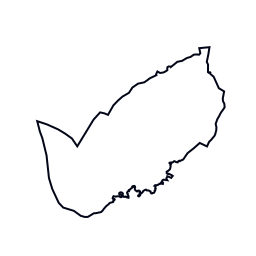 the district of Mobbar, Borno, Nigeria, rotated 192°
{"feature_id": "59680162B87872962443621", "entity_name": "Mobbar", "entity_type": "district", "adm_level": 2, "iso_a3": "NGA", "parent_name": "Nigeria", "parent_adm1": "Borno", "projection": "mercator", "projection_center": [12.643, 13.067], "detail": "fine", "context": "isolated", "style": "outline", "palette": "ink", "viewbox_px": 256, "rotation_deg": 192, "n_neighbors": 0, "source": "geoboundaries", "source_scale": "gbopen_adm2", "svg_char_len": 4856}
<svg xmlns="http://www.w3.org/2000/svg" viewBox="0 0 256 256"><g transform="rotate(192 128 128)"><path d="M158.5,137.5L163.4,129.1L167.1,118.6L173.8,99.5L180.7,106.1L188.0,109.3L196.0,112.1L208.2,114.7L218.2,115.8L213.5,106.3L209.6,100.1L202.0,84.3L194.9,62.6L189.4,52.6L180.2,40.4L174.8,36.7L163.7,35.7L156.0,32.3L151.8,32.0L148.8,32.7L146.3,35.0L143.5,37.6L141.9,37.9L136.8,40.2L136.0,41.4L135.6,42.0L135.4,42.6L134.7,44.1L132.9,47.3L131.1,49.4L130.3,50.9L127.2,52.5L127.3,52.8L127.4,53.2L127.3,53.5L127.2,53.8L126.8,54.1L126.6,54.2L126.4,54.3L126.4,54.5L126.3,54.9L126.3,55.1L126.2,55.4L126.4,55.6L126.5,55.7L127.0,55.6L127.2,55.3L127.5,55.2L127.7,55.4L127.9,55.6L128.0,55.9L128.4,56.1L128.3,56.8L128.3,57.4L128.1,58.0L128.0,58.3L127.1,58.3L125.5,58.3L124.4,59.0L122.8,59.3L122.4,59.3L122.1,59.2L121.5,59.0L121.1,58.8L120.6,58.9L120.4,59.0L120.2,59.0L119.9,59.1L119.8,59.4L119.8,59.7L119.9,60.0L120.0,60.3L120.4,60.9L121.2,61.3L121.6,61.4L122.1,61.3L122.4,61.3L122.7,61.4L122.8,61.5L123.0,61.8L123.0,62.1L123.0,62.5L122.9,62.7L122.8,62.9L122.6,63.1L122.3,63.3L122.0,63.5L121.7,63.6L121.4,63.6L121.2,63.6L120.9,63.6L120.5,63.5L120.2,63.5L120.0,63.4L119.6,63.0L119.4,62.8L119.3,62.6L119.4,62.2L119.5,62.0L119.5,61.8L119.4,61.5L119.4,61.3L119.2,61.1L119.0,60.8L118.7,60.6L118.6,60.4L118.5,60.2L118.2,60.0L118.0,59.9L117.8,59.9L117.6,59.8L117.3,59.8L117.1,59.9L116.5,60.4L115.9,60.5L115.5,60.1L114.5,59.9L114.3,59.9L114.2,60.0L114.3,60.1L114.4,60.4L114.2,60.5L113.9,60.7L113.7,60.6L113.7,60.3L113.7,59.9L113.3,59.8L113.0,59.8L112.9,59.9L113.0,60.3L113.2,61.0L113.5,61.4L113.6,61.9L114.0,62.3L114.4,62.7L114.5,63.0L114.5,63.5L114.8,63.6L115.0,63.7L115.2,64.1L115.4,64.3L115.5,64.7L115.3,65.4L115.0,65.8L114.8,66.2L114.6,66.3L114.2,66.3L113.9,66.3L113.8,66.5L113.7,66.8L113.7,67.0L113.9,67.0L114.1,66.9L114.3,66.8L114.4,67.0L114.3,67.5L114.1,67.6L113.6,67.8L113.2,68.4L112.7,69.2L112.3,69.6L111.7,70.2L111.5,70.9L111.7,71.5L111.6,71.8L111.3,72.0L111.1,72.1L111.0,71.9L110.8,71.5L110.5,71.5L110.4,71.8L110.6,72.1L110.6,72.3L110.2,72.5L109.7,72.7L109.3,72.5L109.0,72.1L108.7,71.6L108.8,71.3L108.8,70.8L108.7,70.3L108.7,70.0L108.6,69.4L108.1,68.9L107.5,68.5L106.9,68.2L106.6,68.0L106.3,67.9L106.0,67.8L105.7,67.9L105.6,68.0L105.4,68.4L105.3,68.7L105.0,68.9L104.1,69.0L103.4,68.7L103.0,68.5L103.0,68.4L102.8,67.7L102.6,67.3L102.8,67.1L102.9,67.3L103.2,67.2L103.1,66.7L102.8,66.2L102.8,65.8L102.6,65.4L102.6,65.2L102.8,65.0L103.0,65.0L103.0,64.9L103.0,64.7L103.2,64.4L103.5,64.4L103.8,64.3L104.1,64.0L104.0,63.6L103.6,63.4L103.1,63.4L102.8,63.7L102.1,64.8L102.0,66.2L101.7,66.8L100.9,67.4L100.3,68.3L100.2,69.0L100.1,69.4L99.2,70.3L99.0,70.5L98.9,70.6L98.7,70.8L98.4,71.0L98.2,71.2L97.5,71.4L97.3,71.1L96.5,70.8L96.0,71.1L94.8,71.1L94.4,71.1L93.6,70.8L92.7,70.6L92.6,70.0L92.3,69.5L91.8,69.0L91.0,68.9L90.5,69.5L90.2,69.5L89.7,69.8L89.2,70.0L88.9,70.8L88.6,71.4L88.9,71.9L88.9,72.4L88.6,73.0L88.4,73.0L88.4,73.5L88.4,73.8L88.6,74.1L88.4,74.6L88.9,74.9L88.9,76.7L89.4,77.0L90.0,77.0L89.7,77.6L89.4,77.8L88.9,77.8L88.1,77.8L87.6,78.4L87.1,78.6L86.8,78.6L86.7,78.7L86.5,78.9L86.3,79.2L85.9,79.5L85.7,79.7L85.7,79.9L85.0,80.0L84.8,80.5L84.7,80.8L84.5,81.2L83.9,81.0L83.4,80.5L82.3,80.5L82.3,81.7L82.6,82.0L83.3,82.0L83.5,82.2L83.7,82.7L83.7,83.2L83.4,83.9L82.9,84.6L82.6,84.8L81.9,84.9L80.1,85.0L78.7,85.1L79.3,85.7L79.8,86.2L80.0,87.0L79.7,87.5L79.5,88.4L79.5,89.0L75.3,88.2L75.0,89.1L74.3,90.4L75.5,91.0L77.5,91.4L78.6,91.7L79.0,91.7L79.1,91.4L79.6,91.3L79.9,91.4L80.2,91.6L80.5,91.9L80.8,92.0L80.9,92.7L81.1,93.3L80.8,93.7L79.8,94.4L78.4,96.4L78.3,97.6L78.3,99.1L78.4,99.8L78.7,100.1L79.0,100.7L78.9,101.2L78.4,101.5L78.2,102.3L78.8,102.5L79.9,102.2L80.2,102.4L80.1,102.7L79.4,103.0L78.1,103.3L76.7,104.1L76.1,105.0L75.8,105.2L75.6,105.2L75.0,105.0L74.8,105.0L74.0,104.7L73.5,104.7L72.9,104.7L72.4,104.7L72.4,105.0L72.2,105.4L72.0,105.7L71.8,106.0L71.4,106.1L71.3,106.3L70.6,106.3L70.6,106.7L70.3,106.7L68.8,107.6L68.5,107.8L68.5,108.0L68.3,108.2L67.6,108.5L67.2,109.2L66.0,112.2L64.5,115.8L62.1,118.7L59.8,121.4L54.7,128.3L46.9,126.4L45.8,131.3L44.2,133.7L41.8,138.3L41.4,139.8L41.2,144.2L41.7,147.2L43.1,150.2L42.5,155.0L42.0,156.6L41.8,157.1L41.7,157.5L41.4,158.3L40.6,161.4L40.0,163.1L38.5,166.4L38.1,167.6L37.8,168.5L38.8,171.7L40.5,173.8L41.4,176.2L41.6,183.8L47.4,185.8L54.9,196.0L58.5,197.9L59.3,198.9L59.1,199.4L59.5,199.6L60.4,198.8L61.4,199.3L62.9,206.7L64.7,209.1L64.7,216.3L65.1,224.0L74.9,220.9L72.8,216.2L73.7,214.5L76.7,214.1L78.9,213.4L81.6,210.5L85.0,208.7L86.5,207.3L89.1,204.9L93.5,203.0L98.7,196.6L98.9,197.0L101.1,196.6L102.1,195.7L102.0,194.3L101.7,193.8L101.7,192.9L101.6,192.6L104.0,190.3L105.3,189.5L108.1,188.5L111.0,189.4L111.7,186.4L111.2,185.6L116.7,181.4L121.5,176.1L127.5,173.4L132.1,168.5L134.4,162.6L139.9,157.6L143.4,152.9L147.0,147.1L150.3,136.7L153.8,137.4L158.5,137.5Z" fill="none" stroke="#020617" stroke-width="2"/></g></svg>